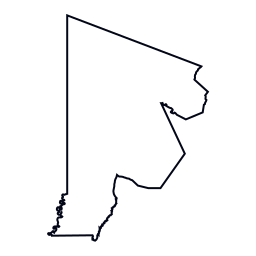 North Fly District, Western, Papua New Guinea
{"feature_id": "67681753B60857978351937", "entity_name": "North Fly District", "entity_type": "district", "adm_level": 2, "iso_a3": "PNG", "parent_name": "Papua New Guinea", "parent_adm1": "Western", "projection": "robinson", "projection_center": [141.24, -5.829], "detail": "fine", "context": "isolated", "style": "outline", "palette": "ink", "viewbox_px": 256, "rotation_deg": 0, "n_neighbors": 0, "source": "geoboundaries", "source_scale": "gbopen_adm2", "svg_char_len": 5558}
<svg xmlns="http://www.w3.org/2000/svg" viewBox="0 0 256 256"><path d="M201.4,66.4L67.2,15.4L67.2,194.6L67.1,194.4L66.5,194.1L66.2,194.1L65.6,194.2L64.9,194.6L64.7,194.7L64.4,194.8L63.9,194.6L63.3,194.5L63.1,194.4L62.7,194.5L62.4,194.8L62.3,195.1L62.2,195.5L62.4,195.9L62.7,196.5L63.0,196.8L63.0,197.0L62.8,197.5L62.3,197.7L62.1,197.9L62.1,198.3L62.4,199.0L62.8,199.4L63.1,199.6L63.6,199.8L64.0,199.8L64.2,200.0L64.3,200.2L64.2,200.3L64.0,200.5L63.7,200.6L63.4,200.8L63.1,201.1L62.6,201.3L62.3,201.3L61.3,200.9L61.0,200.9L60.6,200.9L60.3,201.0L60.2,201.3L59.9,202.3L60.0,202.7L60.1,202.9L60.2,203.2L60.4,203.5L60.7,203.6L61.2,203.6L61.6,203.5L61.9,203.2L62.2,203.1L62.8,203.0L64.2,202.9L64.5,203.1L64.7,203.4L64.7,203.8L64.4,204.1L64.2,204.2L63.8,204.2L62.7,204.6L62.3,204.9L62.0,205.2L61.4,205.9L61.1,206.0L60.5,206.1L60.3,206.2L60.2,206.3L60.1,206.6L60.1,206.9L60.3,207.2L60.4,207.3L60.5,207.3L61.1,207.3L61.3,207.5L61.6,207.8L61.7,208.2L61.7,208.6L61.6,209.1L61.5,209.4L61.2,209.5L60.9,209.7L60.7,209.7L60.2,209.5L60.0,209.3L59.6,208.8L59.1,207.9L58.9,207.6L58.7,207.4L58.4,207.3L58.1,207.2L57.8,207.3L57.5,207.5L57.2,207.9L57.0,208.2L56.9,208.8L56.9,209.2L56.9,209.6L57.1,209.9L57.2,210.1L57.4,210.4L58.2,210.6L59.1,210.8L59.4,211.0L59.5,211.3L59.5,211.5L59.4,211.7L59.2,212.0L58.9,212.2L58.4,212.4L58.1,212.6L57.9,212.8L57.8,213.1L57.7,213.4L57.8,213.9L58.5,214.6L58.9,214.8L59.7,214.7L60.3,214.5L60.6,214.1L61.1,213.2L61.4,212.4L61.5,212.3L61.6,212.7L60.8,214.0L60.6,214.2L60.6,214.7L60.6,215.3L60.8,215.7L61.0,215.9L61.2,216.0L62.0,216.3L62.2,216.5L62.3,216.6L62.1,216.9L61.7,217.1L61.3,217.3L61.1,217.4L58.9,217.4L58.4,217.6L58.0,217.9L57.8,218.1L57.5,218.7L57.3,219.8L57.4,220.2L57.9,221.7L58.1,222.4L58.1,222.9L57.8,223.5L57.7,224.2L57.8,224.4L57.8,224.8L57.8,225.1L57.8,225.3L58.0,225.7L58.2,225.8L59.0,226.1L59.3,226.4L59.2,226.6L59.0,226.8L58.7,226.9L58.0,226.8L57.3,226.4L56.9,226.3L56.7,226.3L56.0,226.5L55.3,226.4L54.6,226.5L54.3,226.5L53.9,226.9L53.6,227.1L53.4,227.4L53.4,227.7L53.4,228.3L53.5,228.5L54.0,228.8L54.4,228.7L54.9,228.4L55.3,228.0L55.6,227.9L55.8,228.0L56.0,228.1L56.2,228.3L56.2,228.5L56.4,229.1L56.3,229.8L56.1,230.3L56.0,230.5L55.3,231.1L54.7,231.5L54.4,232.0L54.3,232.5L54.2,232.7L53.9,232.5L53.9,232.3L54.0,231.8L53.9,231.7L53.6,231.3L53.4,231.2L53.1,231.1L52.8,231.2L52.5,231.4L51.8,232.3L50.6,233.0L50.2,233.2L49.7,233.2L48.7,233.1L48.3,233.3L48.1,233.6L48.1,233.8L48.4,234.3L48.6,234.5L48.8,234.7L49.1,234.8L49.4,234.9L49.7,234.9L50.2,234.7L50.7,234.7L51.2,234.6L51.4,234.6L51.6,234.7L51.8,234.9L52.0,235.2L52.0,235.7L92.5,235.3L93.0,236.2L92.5,237.5L92.4,237.8L92.7,238.0L92.9,238.3L92.7,238.5L92.4,239.1L92.5,239.3L92.5,239.6L93.5,239.7L93.7,239.9L93.7,240.2L94.0,240.3L94.3,240.3L94.6,240.5L94.9,240.6L95.2,240.6L95.4,240.3L95.8,240.1L96.3,239.6L96.8,238.8L97.1,238.1L97.3,237.7L97.3,236.6L97.3,236.2L97.5,236.0L97.3,235.6L97.3,235.3L98.0,234.7L98.0,234.0L98.2,233.9L98.6,234.4L98.6,234.0L99.0,233.1L98.8,233.0L98.9,232.3L98.8,231.8L98.9,231.4L99.6,231.2L99.7,230.9L99.6,230.6L99.8,230.2L99.6,229.9L99.6,229.6L99.9,229.6L100.0,229.3L99.7,229.0L99.6,228.1L99.9,228.4L100.1,228.3L100.8,228.1L100.9,227.6L101.2,226.7L100.9,226.6L101.1,226.3L101.7,226.2L101.9,226.2L102.6,225.7L102.0,225.1L102.2,224.4L102.5,224.4L104.0,223.5L103.9,222.8L104.5,222.8L104.5,222.3L104.9,221.9L104.8,221.5L105.1,221.1L105.6,221.0L106.1,221.2L106.4,220.9L106.4,220.5L107.1,220.5L107.4,220.3L107.3,219.9L107.0,219.7L106.9,219.0L107.1,218.5L107.3,218.0L107.7,217.7L108.3,217.5L108.7,217.2L108.7,216.8L108.5,216.6L108.9,216.1L109.3,216.0L109.5,215.7L109.8,215.4L110.1,215.6L110.2,216.1L110.3,215.6L110.8,215.2L111.1,214.7L111.5,214.5L111.8,214.3L111.8,214.0L111.6,213.2L111.7,212.9L111.8,212.5L111.6,212.2L111.6,211.8L112.1,211.2L112.1,210.9L111.5,210.5L112.0,210.0L112.0,209.7L112.2,209.3L112.4,209.1L111.9,208.3L112.4,208.1L112.3,207.7L112.6,207.4L113.0,207.4L113.4,207.1L113.6,206.6L114.0,206.4L114.5,206.5L114.8,206.2L115.1,205.6L114.9,205.2L115.3,204.9L115.7,204.5L115.8,203.9L116.4,203.4L116.1,202.9L116.2,201.6L116.2,200.4L115.9,199.9L115.9,199.5L115.8,199.2L116.3,199.1L116.6,198.8L116.2,198.3L116.1,198.0L116.1,197.8L116.2,197.7L115.9,197.5L115.7,197.2L115.4,196.6L114.8,195.9L113.9,194.1L113.6,192.6L113.4,191.4L113.5,190.2L113.7,189.2L114.3,186.2L114.3,184.6L114.4,183.8L114.8,182.3L114.9,180.9L115.4,179.2L116.4,177.3L117.0,174.9L117.9,175.7L118.5,176.1L119.2,176.5L119.8,176.5L122.0,176.7L123.3,177.0L124.1,177.4L125.7,177.8L126.4,178.2L127.3,178.4L129.1,178.7L130.1,179.4L130.8,179.7L131.4,180.0L132.2,180.2L137.9,185.6L148.2,188.1L160.5,188.1L184.8,153.7L161.1,103.2L161.9,103.2L162.5,103.0L162.8,103.9L163.6,104.9L164.6,105.1L165.4,104.3L165.9,104.2L166.5,104.9L166.3,105.4L166.0,105.7L167.3,106.5L169.3,107.6L170.3,108.0L171.1,108.1L172.0,108.9L172.5,109.4L172.7,110.0L172.3,110.5L172.1,111.3L171.4,111.2L170.9,111.7L170.9,112.3L171.4,112.5L172.0,113.0L173.3,113.4L173.8,113.3L174.4,112.6L175.0,112.8L175.6,113.3L176.3,114.1L176.9,114.8L185.8,119.4L202.7,112.4L203.9,104.7L204.9,104.1L205.2,102.5L205.7,101.8L206.3,100.5L206.4,99.9L205.9,99.5L205.5,99.0L205.5,98.2L205.7,96.9L205.6,96.0L205.2,95.4L207.9,91.8L194.6,79.8L194.4,79.5L194.6,79.0L194.9,78.4L195.0,78.1L195.0,77.3L194.9,76.9L194.9,76.2L195.0,75.4L195.1,75.1L195.1,74.9L195.2,74.6L195.7,74.1L195.8,73.8L196.0,73.2L196.0,72.7L196.2,72.3L196.3,72.0L196.7,71.5L197.0,71.2L197.6,70.7L197.8,70.4L197.9,70.2L198.0,69.8L198.0,69.4L198.1,69.2L198.6,68.9L198.8,68.7L199.0,68.6L199.5,68.0L200.3,67.5L201.0,66.9L201.4,66.4Z" fill="none" stroke="#020617" stroke-width="2"/></svg>